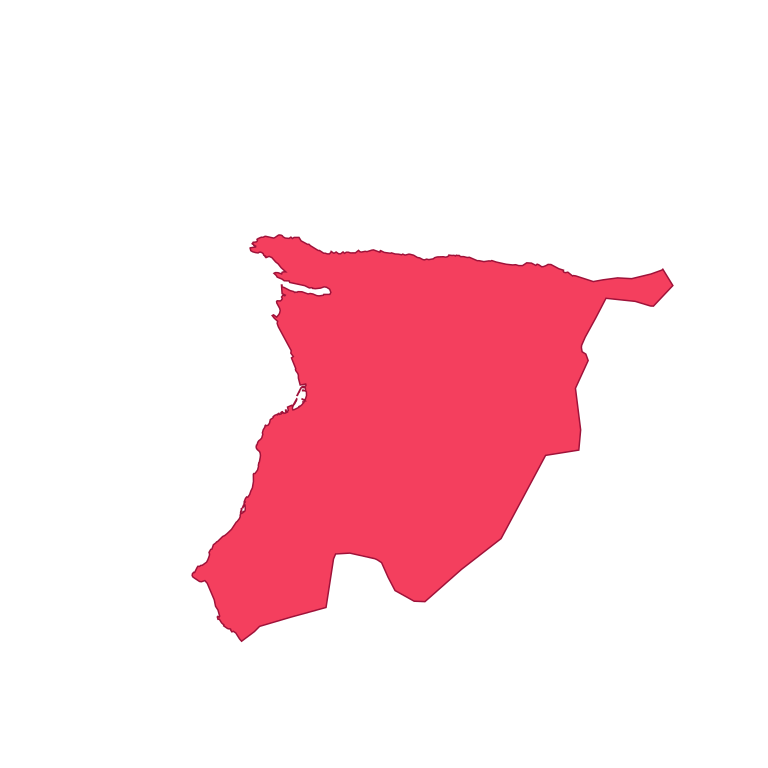 Hareid nor, Møre og Romsdal, Norway, rotated 227°
{"feature_id": "86288312B50264654015152", "entity_name": "Hareid nor", "entity_type": "district", "adm_level": 2, "iso_a3": "NOR", "parent_name": "Norway", "parent_adm1": "Møre og Romsdal", "projection": "orthographic", "projection_center": [6.014, 62.352], "detail": "fine", "context": "isolated", "style": "filled", "palette": "rose", "viewbox_px": 768, "rotation_deg": 227, "n_neighbors": 0, "source": "geoboundaries", "source_scale": "gbopen_adm2", "svg_char_len": 6171}
<svg xmlns="http://www.w3.org/2000/svg" viewBox="0 0 768 768"><g transform="rotate(227 384 384)"><path d="M277.8,666.2L277.8,664.9L282.4,654.2L292.1,637.0L302.3,627.2L310.7,615.4L316.2,606.9L332.2,598.0L334.1,596.5L334.4,595.6L340.4,594.7L341.7,592.6L343.1,591.8L344.2,592.0L344.8,592.9L349.0,590.5L357.5,587.6L359.6,585.5L360.1,583.2L361.1,580.7L362.2,579.3L365.7,578.5L367.2,577.7L367.2,575.9L371.8,574.3L375.3,571.0L376.1,566.1L378.8,563.2L381.4,561.7L383.3,559.3L388.3,555.0L396.6,549.3L400.8,547.0L401.3,545.6L402.4,544.8L405.4,540.5L409.4,537.6L410.6,536.3L418.4,532.9L419.8,531.1L422.9,529.1L424.9,526.9L426.9,526.6L427.5,525.7L428.9,524.7L428.8,523.7L430.4,522.9L431.6,521.4L434.0,519.4L433.7,519.1L433.7,518.1L434.0,516.8L434.8,515.5L436.6,514.2L440.6,509.6L441.8,507.3L442.0,505.3L444.4,501.6L446.3,500.3L447.2,498.2L448.5,497.3L451.9,496.1L453.8,494.7L458.0,493.5L461.0,491.6L462.0,490.8L463.9,487.3L466.2,486.3L466.5,485.0L468.9,483.3L471.5,480.8L474.8,478.9L475.3,477.8L480.1,473.9L483.9,472.5L483.9,472.0L483.2,472.1L483.3,470.8L489.2,467.8L490.2,466.4L492.4,461.8L493.9,460.7L495.9,457.4L497.1,456.6L499.1,456.5L499.4,452.5L502.7,448.9L504.7,447.8L506.1,446.3L506.5,444.2L508.5,444.1L508.8,441.1L510.2,439.6L513.2,439.0L513.6,436.9L514.1,436.4L517.0,435.8L516.5,434.8L516.4,432.8L517.8,431.3L519.8,430.2L520.7,429.1L525.6,427.9L526.6,426.9L535.4,424.5L537.4,424.4L538.3,423.3L545.2,421.0L549.2,421.8L552.5,418.2L552.9,416.2L554.9,416.1L555.2,413.9L558.1,411.3L560.3,410.6L561.9,410.7L563.1,410.2L564.6,408.9L564.9,408.2L565.5,404.1L566.0,402.8L572.7,398.2L573.2,397.6L573.8,395.6L575.0,394.4L575.6,393.0L575.7,392.4L576.3,391.0L576.1,390.1L576.3,389.8L575.5,389.6L574.9,388.3L575.0,387.6L576.1,385.9L576.9,385.0L576.9,384.7L576.3,384.1L576.6,383.4L576.2,383.2L574.8,383.7L574.1,383.3L572.4,384.2L572.2,384.0L572.5,383.6L572.1,383.8L571.8,383.5L574.8,379.1L574.8,378.8L572.4,377.5L570.3,378.1L567.8,379.6L565.7,381.3L565.5,382.3L565.0,383.4L563.6,384.2L561.8,384.6L560.3,383.9L558.2,384.5L558.2,383.9L556.9,383.9L555.7,387.0L553.0,388.2L547.2,388.0L544.0,388.5L539.2,388.1L533.1,388.6L534.2,387.5L535.2,385.7L534.3,384.2L537.8,382.3L539.6,380.5L540.0,379.0L537.0,379.2L535.0,378.8L530.1,381.0L527.6,381.4L524.1,384.9L522.6,384.3L510.0,393.1L505.2,394.9L503.8,396.8L502.9,397.3L502.6,397.0L500.5,398.8L497.4,403.0L495.9,406.5L493.9,408.0L490.4,408.9L487.2,407.6L486.5,405.5L490.6,401.0L490.3,400.1L492.7,396.6L494.5,395.1L498.3,393.4L500.6,391.7L501.6,389.9L507.4,386.9L510.2,384.1L510.3,383.0L511.4,382.2L511.7,381.2L513.2,381.0L516.4,379.0L522.6,376.8L524.6,375.7L525.9,376.9L526.3,376.5L519.6,371.1L516.3,372.4L516.2,371.6L517.6,370.9L517.8,370.2L517.5,368.4L516.0,368.0L515.4,367.0L515.6,366.7L515.3,365.9L515.4,364.9L517.7,362.6L517.6,361.7L516.3,360.8L510.5,359.3L508.5,358.2L507.0,355.9L506.5,354.4L506.1,351.1L509.9,350.4L510.3,348.9L506.6,348.6L502.4,349.0L501.2,347.2L497.8,345.7L471.7,338.9L470.1,336.9L465.9,336.4L466.2,334.1L455.5,330.0L455.2,329.3L454.0,328.6L450.5,328.1L448.9,327.4L446.7,325.4L440.4,322.0L437.4,326.7L436.3,326.1L435.9,325.2L437.8,322.5L437.9,320.8L435.0,312.7L434.7,312.9L436.1,316.4L435.9,316.5L436.1,317.0L436.3,316.9L437.5,320.4L437.6,320.8L437.4,321.6L434.9,323.9L432.6,322.2L434.0,320.8L434.5,320.9L435.0,320.3L434.6,319.9L432.7,321.8L431.2,321.9L428.4,319.5L426.2,315.6L426.5,315.5L426.3,315.1L428.9,314.0L428.7,313.7L426.0,314.8L425.9,314.3L425.5,314.5L425.7,314.1L425.2,312.7L426.9,312.3L425.2,312.5L424.8,309.6L425.0,306.8L425.4,306.9L425.5,306.4L425.1,306.3L425.3,304.7L426.6,300.6L427.2,299.7L428.4,300.3L429.6,301.6L430.6,304.6L430.4,304.7L430.5,305.2L430.8,305.1L431.2,306.3L430.9,306.4L431.1,306.9L431.4,306.8L431.7,308.0L431.4,308.1L431.6,308.6L431.9,308.5L432.4,310.0L432.7,310.0L430.6,303.5L430.7,302.6L431.2,301.6L431.5,301.7L432.9,297.7L429.9,296.0L429.9,294.9L429.3,294.3L429.8,293.9L429.7,293.6L429.9,293.4L431.8,294.6L432.0,294.3L431.5,294.0L432.1,294.1L429.8,292.8L429.8,292.4L430.7,290.9L431.9,291.3L431.5,290.9L432.6,288.8L433.1,289.0L433.2,289.6L433.0,290.4L432.5,291.1L433.1,290.8L433.4,289.9L433.4,289.1L432.3,288.2L433.1,286.8L434.1,287.2L434.4,286.9L434.5,286.3L434.1,285.8L434.1,285.1L434.7,285.0L435.6,282.7L435.7,280.6L435.1,280.3L435.0,279.4L435.5,276.6L433.5,273.6L432.9,271.2L433.7,269.6L434.7,269.2L434.5,268.4L433.7,267.4L432.9,264.5L431.2,261.7L429.9,261.1L427.9,257.7L427.7,255.7L427.9,253.8L427.5,252.0L426.1,249.7L426.3,249.1L425.2,247.6L424.1,246.9L422.5,246.6L419.5,246.9L417.9,246.3L416.1,245.0L414.7,243.4L412.0,239.7L411.8,238.8L410.2,236.6L409.3,236.0L407.3,232.8L406.5,228.6L407.3,227.7L407.1,226.9L401.7,222.0L397.8,216.9L396.5,213.5L394.8,210.4L394.1,207.1L395.1,206.5L394.8,204.7L393.3,201.6L392.4,202.0L392.3,201.6L392.7,201.2L392.3,200.3L390.6,199.8L391.3,198.8L390.1,196.2L389.7,196.4L390.5,198.5L390.4,198.9L389.7,199.2L387.7,197.8L386.4,196.4L386.0,195.6L386.0,194.6L386.8,194.2L386.8,193.7L386.1,193.3L386.4,191.9L387.2,191.4L388.1,192.4L389.1,194.3L390.0,194.9L390.1,194.5L389.1,193.7L388.5,192.3L387.5,191.1L386.7,191.1L386.7,190.3L386.1,189.3L385.0,188.3L384.2,186.5L383.6,183.0L383.7,181.6L381.7,173.4L381.6,167.1L381.8,164.2L382.5,162.0L382.3,154.8L382.7,153.9L382.5,152.6L382.8,149.6L380.6,145.5L381.2,144.5L380.2,141.2L378.6,140.4L377.5,139.1L375.6,135.3L374.7,132.7L375.4,127.3L376.2,126.5L376.5,124.5L377.6,123.6L377.3,122.3L375.3,116.9L376.1,116.4L375.9,114.5L374.7,113.0L372.9,112.6L365.4,114.4L363.9,115.6L362.4,118.9L358.8,118.8L342.0,112.7L336.3,109.2L331.9,108.4L326.3,105.5L326.0,104.5L327.4,104.0L327.3,103.2L325.1,102.1L324.2,103.1L320.0,102.3L316.9,102.6L316.5,101.8L311.9,102.8L310.6,103.6L310.1,104.4L309.1,104.6L308.8,104.1L306.5,103.7L305.8,105.2L303.0,105.8L296.1,104.5L293.0,104.4L291.3,120.4L291.6,127.7L277.0,156.9L260.1,189.2L290.5,227.8L292.7,232.7L283.6,243.7L262.4,258.2L260.0,259.2L255.0,260.4L239.6,255.1L225.4,251.2L204.6,257.9L196.9,265.5L195.6,314.2L191.1,364.2L221.6,453.5L202.8,481.4L216.3,496.5L250.3,521.1L261.9,549.3L268.2,552.0L272.5,550.9L276.0,553.2L277.5,554.9L281.0,563.0L287.8,583.6L295.3,604.8L273.1,624.1L259.3,632.1L257.2,634.2L259.0,662.4L277.8,666.2Z" fill="#f43f5e" stroke="#9f1239" stroke-width="1.5"/></g></svg>